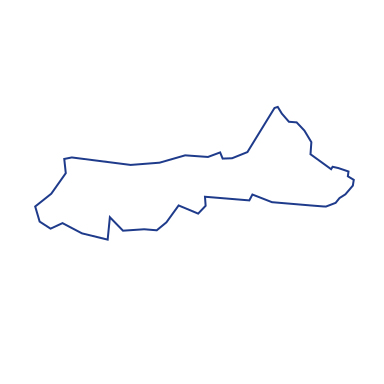 York, Virginia, United States of America (Mercator projection), rotated 310°
{"feature_id": "52423323B51899565145561", "entity_name": "York", "entity_type": "district", "adm_level": 2, "iso_a3": "USA", "parent_name": "United States of America", "parent_adm1": "Virginia", "projection": "mercator", "projection_center": [-76.531, 37.236], "detail": "fine", "context": "isolated", "style": "outline", "palette": "blue", "viewbox_px": 384, "rotation_deg": 310, "n_neighbors": 0, "source": "geoboundaries", "source_scale": "gbopen_adm2", "svg_char_len": 791}
<svg xmlns="http://www.w3.org/2000/svg" viewBox="0 0 384 384"><g transform="rotate(310 192 192)"><path d="M306.9,251.4L311.3,238.6L312.6,227.4L308.1,221.1L309.8,210.4L312.3,203.0L309.4,201.2L258.2,208.8L243.6,201.0L237.3,194.0L240.4,188.1L229.1,181.7L215.7,163.2L193.6,148.3L173.3,127.6L141.2,77.7L135.2,72.9L125.3,83.2L100.2,85.3L80.1,81.2L71.4,94.3L73.0,107.2L84.9,112.8L89.6,134.3L101.3,158.0L119.9,145.3L118.0,164.0L132.7,179.3L140.0,189.6L152.3,191.9L173.1,190.4L179.4,210.6L190.2,211.3L196.7,205.0L202.3,212.9L222.4,241.3L228.9,239.9L235.6,259.8L258.8,292.7L265.5,302.1L267.0,304.0L276.0,309.0L282.2,308.9L288.8,311.0L300.3,311.1L305.3,308.1L304.2,301.3L308.3,298.7L304.4,288.7L301.7,283.5L298.9,283.9L297.1,258.5L306.9,251.4Z" fill="none" stroke="#1e3a8a" stroke-width="2"/></g></svg>